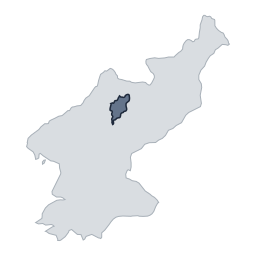 location of Rangrim, Chagang-do, North Korea
{"feature_id": "82179303B57192008066519", "entity_name": "Rangrim", "entity_type": "district", "adm_level": 2, "iso_a3": "PRK", "parent_name": "North Korea", "parent_adm1": "Chagang-do", "projection": "albers", "projection_center": [127.189, 40.817], "detail": "fine", "context": "in_parent", "style": "filled", "palette": "slate", "viewbox_px": 256, "rotation_deg": 0, "n_neighbors": 0, "source": "geoboundaries", "source_scale": "gbopen_adm2", "svg_char_len": 5064}
<svg xmlns="http://www.w3.org/2000/svg" viewBox="0 0 256 256"><path d="M158.7,202.5L157.6,203.2L155.6,206.8L153.8,211.4L152.0,213.8L150.0,215.2L147.7,216.1L143.2,216.4L139.2,216.2L137.9,215.7L132.4,216.0L130.8,216.3L122.8,216.0L118.6,216.4L116.0,217.2L113.3,219.1L111.0,221.8L108.9,224.8L104.7,230.2L101.7,232.8L101.7,236.6L101.6,237.7L100.6,238.5L100.2,238.2L98.5,237.9L91.8,234.4L86.1,236.4L84.7,239.1L83.2,240.0L81.0,234.6L77.3,234.4L71.6,229.5L69.1,230.5L68.4,232.4L65.2,236.7L60.7,240.2L59.2,240.6L57.6,240.4L57.8,239.4L56.1,235.3L49.1,233.5L46.6,231.7L45.4,231.3L52.3,226.9L54.1,226.2L52.8,225.1L51.4,224.5L45.7,225.1L42.8,223.5L38.5,223.9L35.6,222.6L41.9,218.4L42.2,215.8L42.2,213.8L45.4,208.0L48.6,204.8L56.8,200.3L60.3,199.8L62.9,200.0L65.0,199.6L62.8,197.8L60.7,197.0L56.5,197.0L52.3,194.3L52.0,191.5L60.7,173.9L60.8,172.3L59.6,168.0L59.3,163.8L53.4,161.2L50.8,160.9L43.3,155.9L40.3,153.4L39.1,154.1L38.8,157.9L37.7,158.7L35.7,159.4L34.8,155.0L33.2,151.9L28.3,148.5L26.6,146.7L27.6,142.9L27.2,142.6L28.1,138.3L31.3,135.1L38.9,129.5L41.0,126.8L44.8,123.7L46.6,123.8L48.3,123.6L48.9,122.2L49.3,121.1L50.9,120.1L54.6,118.4L58.8,116.2L62.1,115.6L66.2,112.1L67.9,110.6L69.5,110.6L70.0,109.9L71.0,108.1L72.3,107.0L74.1,106.8L77.0,105.9L80.7,105.5L83.2,102.6L84.1,100.5L85.8,98.1L89.3,95.7L91.8,91.9L94.5,87.9L95.7,86.6L97.0,86.4L97.7,84.8L98.6,80.5L99.9,76.3L100.6,74.3L103.7,72.2L104.4,71.1L105.1,70.8L106.6,71.1L108.4,69.8L110.2,68.4L111.9,68.9L113.5,70.1L115.2,72.4L116.0,74.3L117.4,75.8L117.6,78.1L119.0,79.1L121.9,79.6L126.7,81.1L129.8,81.2L131.5,82.3L135.2,82.9L142.6,82.0L145.6,82.5L146.9,83.9L148.7,85.0L150.0,85.0L151.6,83.1L153.3,79.9L154.4,77.5L154.3,75.6L153.3,73.6L150.8,71.7L149.2,68.8L147.7,65.8L146.8,64.8L146.0,63.3L145.9,61.1L146.4,59.5L150.0,58.5L154.7,57.8L158.5,58.4L164.8,57.9L168.6,57.0L171.5,57.0L174.1,57.0L175.3,55.6L178.9,52.4L180.7,51.3L182.6,49.1L182.8,46.9L183.2,45.1L184.2,43.1L186.1,40.7L187.7,39.6L189.5,39.7L191.5,40.7L192.7,41.8L194.1,41.4L195.2,39.5L195.9,39.2L198.1,38.9L198.8,37.8L199.4,32.3L200.2,27.9L200.2,24.9L202.0,19.8L202.6,16.8L203.7,15.4L205.0,15.4L206.2,16.3L207.6,16.7L209.5,16.2L210.8,16.9L211.7,18.5L214.5,19.5L214.8,20.3L214.9,25.8L216.5,28.3L218.6,30.5L221.5,32.5L223.0,32.9L224.0,34.4L224.9,36.9L227.1,39.3L228.2,41.1L228.5,43.0L229.4,44.1L227.9,45.3L225.7,44.7L222.2,44.4L217.8,48.3L215.4,49.7L213.8,53.4L210.3,55.7L208.5,58.1L206.1,62.2L204.6,66.1L200.9,70.2L198.8,75.2L198.8,79.5L201.3,83.8L201.7,87.5L200.2,95.3L201.4,103.4L200.4,106.6L188.7,112.5L185.7,115.3L181.5,122.7L176.2,125.5L172.9,128.5L168.4,130.3L165.5,135.4L162.3,138.4L158.5,140.2L155.6,142.5L149.2,142.7L144.7,144.3L141.4,148.6L131.7,153.5L130.4,157.2L131.1,162.8L131.1,167.1L130.3,170.7L128.1,169.7L127.0,170.9L125.7,174.2L126.1,177.9L129.5,179.1L132.2,180.7L136.1,181.4L139.0,183.1L145.2,191.0L150.3,194.4L151.6,195.7L154.5,197.4L157.2,200.1L158.7,202.5ZM44.3,163.0L42.5,164.2L42.4,162.0L43.9,160.2L45.4,160.0L44.3,163.0Z" fill="#d9dde1" stroke="#a8b0b8" stroke-width="1"/><path d="M110.9,103.5L111.0,103.6L111.0,103.8L111.0,104.9L110.7,105.8L110.5,106.7L110.4,107.2L110.3,107.6L110.1,108.2L110.1,108.9L110.1,109.3L110.0,109.7L110.1,110.2L110.5,110.5L110.8,110.7L111.3,110.7L111.8,110.9L112.1,111.5L112.3,112.0L112.1,112.7L111.7,113.6L111.7,113.8L111.7,114.1L111.7,114.6L111.9,115.2L112.3,115.5L112.6,116.1L112.8,116.4L112.7,117.1L112.2,118.0L111.8,118.8L111.7,119.3L111.9,119.9L112.0,120.6L112.1,121.4L111.9,122.2L112.0,122.6L112.2,123.2L112.4,123.8L112.7,124.5L112.9,124.4L113.3,124.0L113.4,123.7L113.5,123.5L113.6,123.2L113.4,121.5L113.4,120.9L113.6,120.5L113.7,120.3L113.9,120.1L114.2,120.0L114.9,119.9L115.1,119.9L115.4,119.7L116.0,119.2L116.3,118.7L116.7,118.4L117.0,118.2L118.8,117.7L119.1,117.7L119.4,117.7L119.6,117.6L119.8,117.5L120.2,117.0L120.3,116.8L120.5,115.9L120.6,115.3L120.6,114.8L120.7,114.3L120.9,113.9L121.0,113.6L121.2,113.4L121.4,113.2L121.6,113.0L121.9,112.9L123.1,112.5L123.3,112.3L123.6,111.8L123.9,111.6L124.1,111.5L124.5,111.3L125.5,111.1L125.9,110.9L126.1,110.7L126.3,110.4L126.6,109.8L126.6,109.6L126.7,109.3L126.7,109.0L126.6,108.8L126.6,108.3L126.4,107.4L126.2,106.9L126.1,106.2L126.0,105.4L126.0,104.9L126.0,104.4L126.1,103.9L126.1,103.6L126.3,103.2L126.7,102.8L127.1,102.4L127.9,101.8L128.1,101.6L128.7,101.2L128.9,101.0L129.1,100.6L129.3,100.2L129.4,99.5L129.5,98.9L129.5,98.6L129.5,98.4L129.5,97.9L129.5,97.7L129.4,96.9L129.3,96.3L129.3,95.6L129.1,95.2L129.0,94.9L128.9,94.7L128.7,94.6L128.2,94.4L127.6,94.4L126.9,94.6L126.3,94.9L125.7,95.3L125.3,95.6L125.2,95.8L125.2,96.1L125.1,96.3L125.0,96.5L124.7,96.9L124.3,97.2L123.7,97.4L123.0,97.4L122.8,97.3L122.3,97.1L122.1,97.1L121.7,97.1L121.0,97.1L120.8,97.0L120.6,96.9L120.2,96.5L119.8,96.1L119.6,96.0L119.5,95.9L119.3,96.2L119.2,96.5L119.0,96.9L118.7,97.3L118.4,97.7L118.3,98.0L118.1,98.6L117.9,99.0L117.6,99.6L117.4,100.0L116.7,100.5L116.1,100.6L115.6,100.6L115.2,100.6L114.8,100.9L114.5,101.4L114.3,101.9L114.0,102.7L113.5,103.2L113.0,103.2L112.5,102.9L112.1,103.0L111.6,103.3L110.9,103.5Z" fill="#64748b" stroke="#1e293b" stroke-width="1.5"/></svg>